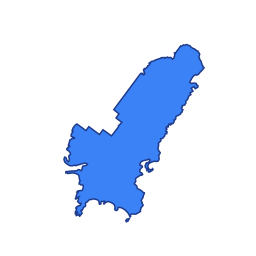 Shellharbour, New South Wales, Australia, rotated 117°
{"feature_id": "25037944B55724853403969", "entity_name": "Shellharbour", "entity_type": "district", "adm_level": 2, "iso_a3": "AUS", "parent_name": "Australia", "parent_adm1": "New South Wales", "projection": "albers", "projection_center": [150.774, -34.59], "detail": "fine", "context": "isolated", "style": "filled", "palette": "blue", "viewbox_px": 256, "rotation_deg": 117, "n_neighbors": 0, "source": "geoboundaries", "source_scale": "gbopen_adm2", "svg_char_len": 5781}
<svg xmlns="http://www.w3.org/2000/svg" viewBox="0 0 256 256"><g transform="rotate(117 128 128)"><path d="M196.3,162.8L195.8,162.4L195.9,161.0L193.0,156.7L192.3,154.1L192.2,151.4L192.7,150.2L196.3,147.5L196.8,146.6L198.2,146.8L200.1,146.2L199.7,145.3L200.0,144.8L200.1,144.1L199.3,142.9L199.6,141.8L202.1,140.6L204.4,140.6L204.9,140.9L205.2,141.8L206.5,143.7L207.5,144.5L208.5,144.4L208.8,143.7L208.5,143.4L209.9,143.6L212.5,143.2L213.3,142.5L214.0,142.9L214.9,142.8L215.1,142.5L214.6,141.8L212.1,141.0L211.7,140.6L212.7,140.8L213.9,139.7L216.5,139.5L216.9,137.7L217.3,137.1L217.1,136.3L216.5,135.6L218.4,135.3L220.8,137.6L221.5,137.7L221.8,138.0L222.7,138.2L223.2,138.0L223.2,137.2L224.0,137.1L224.7,136.6L226.3,136.9L228.4,136.0L228.4,135.8L228.1,135.6L226.0,135.1L225.8,134.8L225.9,134.4L227.0,134.7L227.8,134.4L228.6,134.9L229.3,134.6L229.5,134.2L229.4,134.0L228.7,134.0L228.4,132.9L227.1,132.0L228.5,131.1L228.3,130.9L227.8,131.0L226.9,130.6L224.8,130.2L224.0,131.0L223.7,131.7L222.9,132.4L222.4,132.2L222.0,131.5L220.7,131.4L218.8,131.6L217.5,130.6L216.7,130.5L216.2,130.6L215.2,131.4L213.5,131.7L212.0,130.5L210.8,130.5L209.5,129.8L208.8,129.1L208.3,128.0L207.1,127.2L206.2,124.5L205.9,122.5L206.0,121.6L206.8,120.3L208.6,119.2L208.8,118.5L208.0,117.7L206.4,118.4L205.8,118.5L205.3,118.1L205.0,117.1L204.7,116.6L204.0,116.1L203.9,115.5L204.5,115.2L206.2,115.4L206.6,115.2L206.5,114.9L206.0,114.5L204.5,114.2L202.8,112.6L202.3,111.8L202.1,109.4L202.1,107.3L202.6,105.4L204.3,103.6L206.3,103.0L207.1,101.9L206.9,101.0L205.8,100.2L205.1,100.1L204.5,100.5L203.2,100.7L202.5,99.2L202.0,97.1L202.3,93.7L203.5,89.8L204.7,87.8L206.0,86.2L206.1,85.6L205.6,85.5L204.5,86.3L203.5,86.1L202.5,84.8L201.5,82.5L200.9,81.7L197.2,79.2L196.6,79.0L195.9,79.6L192.8,80.1L190.3,79.4L189.6,79.7L188.9,81.2L188.0,81.5L186.7,83.3L184.7,83.3L183.1,83.1L181.1,83.7L179.2,83.7L178.3,84.0L178.4,85.7L177.9,87.1L177.6,89.2L177.7,92.1L177.2,92.8L175.9,93.6L175.3,94.8L175.2,96.5L174.6,97.1L172.2,96.8L170.1,98.1L169.1,98.2L164.4,95.5L164.0,95.0L163.8,94.2L163.2,94.5L162.5,94.0L161.7,95.6L161.9,96.5L161.4,97.8L159.8,98.4L158.6,98.1L157.9,98.2L156.6,97.5L156.0,97.5L155.5,98.1L155.3,98.8L155.3,99.3L155.6,99.5L155.6,100.8L153.5,101.2L151.7,100.8L150.0,99.4L147.9,96.7L146.9,95.7L146.4,95.5L146.7,95.3L146.3,94.2L146.6,93.7L148.2,93.7L149.8,94.5L150.6,95.7L151.1,95.9L153.4,95.7L154.9,95.0L156.0,92.9L157.1,92.0L155.7,91.7L155.5,91.2L156.0,91.1L157.1,90.1L157.7,90.2L157.9,89.7L157.2,88.5L156.2,88.1L155.0,87.2L153.7,86.8L153.1,87.5L154.1,87.7L153.9,88.0L155.1,88.8L155.0,91.1L153.4,92.8L151.4,93.4L150.1,93.3L147.8,91.6L145.9,89.8L145.0,87.7L144.1,86.3L142.7,86.0L141.4,86.2L139.4,87.6L137.6,88.2L136.0,87.9L135.4,88.1L135.0,88.8L134.2,90.5L132.3,92.3L130.6,92.4L129.8,92.9L128.8,93.2L127.7,94.0L124.5,92.9L122.8,94.1L121.9,92.7L121.2,92.3L118.4,91.7L117.0,92.2L116.3,91.9L115.5,90.9L114.8,91.2L113.8,91.3L114.0,91.9L113.8,92.8L112.9,93.0L111.8,92.7L111.0,93.2L111.1,93.9L111.0,94.1L109.9,93.7L109.4,94.2L108.5,93.6L108.8,92.8L108.7,92.6L108.0,93.0L105.9,93.3L105.8,93.0L106.1,92.6L106.0,91.8L105.5,92.1L104.6,91.9L105.1,91.2L104.5,90.8L104.0,90.8L103.7,90.1L103.2,89.8L100.4,90.0L100.1,90.6L99.4,89.9L98.1,89.6L97.6,90.1L95.7,90.4L95.0,90.0L94.0,88.8L93.1,88.7L92.2,87.7L91.2,87.5L90.5,87.8L89.0,87.0L87.9,87.4L86.9,87.3L86.9,88.0L86.2,89.4L84.5,89.1L83.6,89.8L83.1,89.5L81.9,88.0L81.3,87.8L80.4,87.9L79.6,87.7L77.6,88.7L76.9,88.5L75.9,87.9L71.6,88.3L69.7,87.1L68.6,88.7L65.7,86.8L63.9,89.7L61.2,88.0L62.5,85.9L59.8,84.3L58.5,84.9L58.3,85.5L58.3,86.9L57.4,87.3L57.7,89.0L59.5,92.0L59.5,93.5L59.0,93.8L54.6,93.7L51.7,93.2L49.9,92.1L49.8,90.9L48.2,89.6L45.7,89.1L43.0,88.2L39.7,87.6L39.5,89.1L38.8,89.4L38.2,90.5L35.5,93.1L34.4,94.9L34.4,95.3L33.8,95.9L32.9,96.2L32.2,97.3L30.0,97.5L29.5,97.8L28.6,99.2L28.3,100.2L27.9,100.5L28.2,100.7L27.9,101.5L27.9,102.8L27.5,103.2L27.6,104.1L27.3,104.7L27.6,106.4L27.2,108.9L26.5,110.3L27.0,111.3L26.9,113.5L28.6,115.3L28.7,116.2L31.1,117.6L31.0,118.3L39.2,119.7L40.0,120.7L40.6,119.7L40.8,119.9L41.4,119.9L42.1,119.4L43.0,119.1L43.8,119.2L44.8,118.8L45.4,119.3L46.5,119.6L45.8,121.4L45.8,122.2L47.0,123.8L46.8,124.9L48.1,125.9L48.2,126.6L48.5,126.4L49.0,126.9L49.3,128.9L50.6,130.5L51.1,130.4L52.0,131.6L55.6,135.0L56.8,135.6L58.1,137.3L60.1,138.4L60.6,138.5L60.3,137.7L60.7,137.5L63.1,138.1L63.5,138.7L64.3,138.4L65.1,138.5L65.6,138.7L65.7,139.0L66.7,139.1L68.0,140.0L67.8,140.4L69.1,140.6L69.2,140.0L70.0,139.8L70.7,139.2L70.8,138.5L72.7,137.7L73.7,138.5L73.2,139.5L72.9,139.6L73.3,139.9L73.0,140.1L73.2,141.1L74.2,141.6L118.1,149.0L119.5,142.5L124.5,143.2L125.8,136.0L130.4,137.5L131.6,137.0L132.1,137.1L142.5,139.1L140.9,149.5L146.8,150.5L144.6,163.5L149.4,164.3L147.6,175.2L148.6,176.0L150.1,176.5L152.6,177.0L155.5,176.7L156.0,176.5L155.7,175.7L157.1,175.5L158.4,175.7L160.4,175.4L161.3,174.7L161.0,171.3L161.5,171.0L162.4,172.7L164.9,174.3L166.5,174.1L166.9,173.8L170.3,173.4L170.5,173.0L170.3,172.4L170.9,171.6L171.1,171.6L171.1,172.2L171.4,172.5L172.0,172.4L172.7,172.7L172.9,172.4L173.9,173.1L174.6,173.1L175.4,171.8L175.1,170.8L176.3,168.4L176.9,167.7L177.3,167.4L177.7,167.4L179.1,168.0L179.9,168.0L180.7,167.6L182.2,166.2L184.3,165.6L184.9,165.6L185.1,165.8L185.0,166.6L184.7,167.6L183.4,168.8L182.5,170.0L182.7,171.2L184.1,171.1L185.2,170.7L186.5,169.5L187.2,168.5L187.8,166.0L188.0,163.2L187.8,162.3L187.2,160.7L185.4,158.7L185.2,157.3L183.8,156.0L178.8,150.5L178.5,149.0L178.7,147.7L180.2,148.1L182.3,150.8L183.5,150.9L186.3,150.1L187.2,150.2L187.4,150.9L187.1,152.0L187.7,153.5L188.4,153.6L189.5,154.5L192.5,159.7L194.2,161.9L194.6,163.0L195.2,163.5L195.7,163.4L196.3,162.8ZM207.9,85.8L209.0,86.4L209.4,87.3L210.2,87.8L211.6,87.9L212.3,86.9L210.8,85.7L209.2,85.8L208.0,85.6L207.9,85.8Z" fill="#3b82f6" stroke="#1e3a8a" stroke-width="1.5"/></g></svg>